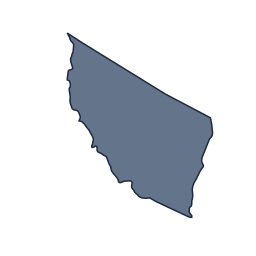 the border of Cayo, rotated 118°
{"feature_id": "BLZ-1324", "entity_name": "Cayo", "entity_type": "District", "adm_level": 1, "iso_a3": "BLZ", "parent_name": "Belize", "parent_adm1": "", "projection": "orthographic", "projection_center": [-88.805, 16.941], "detail": "fine", "context": "isolated", "style": "filled", "palette": "slate", "viewbox_px": 256, "rotation_deg": 118, "n_neighbors": 0, "source": "natural_earth", "source_scale": "10m", "svg_char_len": 2018}
<svg xmlns="http://www.w3.org/2000/svg" viewBox="0 0 256 256"><g transform="rotate(118 128 128)"><path d="M72.7,226.2L74.3,207.7L77.5,157.4L80.5,111.0L80.3,60.0L85.5,55.8L92.6,51.0L95.0,50.2L96.9,50.1L98.2,50.6L99.6,50.9L119.4,48.7L121.8,47.9L123.6,46.7L124.6,45.2L125.8,43.8L127.0,43.4L129.5,43.8L132.6,44.1L136.6,43.9L138.4,44.0L140.8,43.7L145.4,44.0L149.3,43.4L152.3,42.3L157.4,39.0L160.3,37.9L162.3,37.5L165.7,35.8L167.0,35.5L169.4,36.3L173.5,34.6L174.5,32.8L175.5,30.5L176.9,29.8L177.6,30.9L178.0,33.3L179.8,69.0L179.5,75.6L179.8,76.5L181.7,79.3L183.1,82.7L183.3,84.7L183.2,86.4L182.4,88.5L182.2,89.7L181.6,91.7L181.2,92.6L180.9,93.0L180.5,93.2L180.2,93.7L179.9,94.4L179.7,95.2L179.1,96.3L178.8,96.7L178.4,97.1L177.9,97.4L174.0,98.8L173.4,100.6L174.1,102.1L176.5,106.1L178.9,108.2L180.1,109.4L180.0,111.0L179.2,111.8L178.3,112.4L177.7,113.2L176.0,116.9L175.0,119.7L173.9,121.8L172.8,123.3L170.8,124.7L170.0,125.5L168.8,127.6L163.7,133.3L163.4,134.2L163.4,135.0L163.5,135.7L163.5,136.7L163.1,139.2L163.1,140.1L163.3,142.3L163.2,143.2L162.9,144.0L162.4,144.6L161.9,145.1L160.2,145.8L159.2,146.8L159.0,147.3L159.1,148.0L161.4,149.6L162.0,150.4L161.9,150.9L161.4,151.4L160.7,151.6L157.6,152.1L154.4,153.2L153.4,153.9L152.6,154.7L147.9,162.0L146.9,164.7L145.1,168.1L144.1,171.6L144.1,172.3L144.7,174.6L141.8,174.8L140.4,175.5L140.0,175.9L139.0,176.9L137.1,179.3L136.7,180.1L136.5,180.9L137.3,183.9L137.4,184.9L136.9,186.7L133.5,190.3L130.7,192.4L129.9,192.7L128.5,193.1L127.3,193.8L122.7,197.3L121.2,198.3L120.2,198.5L119.3,198.4L118.3,198.6L116.4,199.5L115.4,200.2L114.7,200.9L113.9,202.0L113.9,202.6L114.1,204.1L113.4,204.6L106.6,207.2L105.7,207.4L104.9,207.4L104.4,207.1L103.2,205.8L102.7,205.4L102.1,205.0L101.3,204.7L100.9,204.9L99.8,206.2L96.2,209.7L94.9,210.6L93.8,211.2L90.9,211.5L89.7,211.9L89.0,212.1L86.7,212.2L80.7,214.7L79.9,215.2L79.2,216.1L78.6,216.9L78.5,217.3L78.4,218.2L78.1,218.9L77.6,219.7L76.5,221.2L75.6,222.0L74.6,223.3L72.7,226.2Z" fill="#64748b" stroke="#1e293b" stroke-width="1.5"/></g></svg>